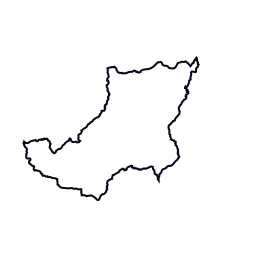 outline of Sigchos, Cotopaxi, Ecuador, rotated 48°
{"feature_id": "8360857B12215357040494", "entity_name": "Sigchos", "entity_type": "district", "adm_level": 2, "iso_a3": "ECU", "parent_name": "Ecuador", "parent_adm1": "Cotopaxi", "projection": "natural_earth1", "projection_center": [-78.944, -0.614], "detail": "fine", "context": "isolated", "style": "outline", "palette": "ink", "viewbox_px": 256, "rotation_deg": 48, "n_neighbors": 0, "source": "geoboundaries", "source_scale": "gbopen_adm2", "svg_char_len": 5825}
<svg xmlns="http://www.w3.org/2000/svg" viewBox="0 0 256 256"><g transform="rotate(48 128 128)"><path d="M68.5,214.3L69.4,215.9L70.7,216.1L71.5,216.9L72.2,216.8L73.7,217.2L74.4,217.0L75.6,217.0L76.5,217.5L77.3,219.0L78.5,219.4L79.1,220.4L79.3,221.3L80.1,221.6L81.6,223.3L83.0,223.4L83.9,222.7L84.6,221.4L85.7,221.2L86.2,221.5L86.5,222.1L86.6,223.1L86.5,223.9L88.2,225.0L89.6,224.6L90.6,224.6L92.6,224.3L92.9,223.6L93.4,223.4L94.3,223.8L94.4,224.4L95.3,225.4L96.2,226.0L96.8,225.9L97.3,225.7L97.4,225.0L97.8,224.4L98.6,224.2L100.1,223.1L101.2,222.6L102.5,222.5L103.3,223.0L103.5,222.8L104.0,222.9L104.3,222.5L104.8,222.5L105.7,223.2L106.6,223.3L107.6,221.8L109.3,221.4L110.1,220.1L110.9,220.3L111.3,220.0L112.3,218.7L113.2,218.2L114.0,218.0L116.3,216.2L117.0,215.4L118.0,215.3L118.5,214.8L118.8,215.1L119.3,215.2L119.6,215.7L121.8,217.2L122.8,218.2L123.9,217.8L125.1,218.0L127.0,217.8L128.1,217.1L132.4,213.3L135.3,209.7L136.8,209.1L137.7,207.9L138.8,206.7L140.3,206.0L142.2,203.8L142.5,204.3L143.3,204.5L144.3,205.3L144.3,205.6L144.8,206.0L145.6,206.5L145.9,206.4L147.0,207.4L148.9,205.2L150.4,204.7L151.1,204.1L151.9,202.6L152.7,201.9L153.3,200.5L156.6,199.3L158.1,199.2L158.9,198.9L160.1,199.1L161.0,198.9L161.8,198.0L161.4,196.5L160.1,193.7L159.9,192.5L160.1,191.6L161.1,189.6L160.7,186.9L159.9,185.8L159.7,184.5L158.5,184.2L158.2,183.1L156.9,182.5L156.5,181.0L155.2,180.6L154.4,179.7L153.8,178.1L154.6,174.9L155.0,174.0L154.6,173.9L154.4,173.1L152.8,170.9L153.5,169.7L153.9,167.1L154.3,165.9L154.6,163.7L153.9,162.5L154.8,158.9L156.1,158.6L157.0,159.0L157.5,158.1L157.4,157.7L158.0,156.9L157.9,156.6L157.1,156.1L156.9,154.7L158.3,150.7L159.0,150.3L159.6,151.2L159.9,151.4L160.2,150.9L161.0,150.8L161.4,150.3L162.0,150.6L162.4,150.2L162.4,149.6L163.0,149.5L163.6,148.8L164.4,148.6L164.8,147.9L165.8,148.0L166.5,146.9L166.9,147.1L167.2,147.0L167.4,146.2L168.3,145.0L168.3,143.9L168.9,142.9L169.6,142.7L170.3,141.7L170.6,140.6L171.1,139.9L171.5,137.8L172.4,136.2L173.4,135.6L175.5,136.9L176.6,136.9L178.2,137.4L179.8,138.8L181.0,138.6L182.0,137.8L185.0,139.2L186.0,140.1L187.5,140.3L185.5,138.6L184.7,136.9L183.3,135.3L183.5,133.5L182.0,130.7L182.1,129.4L182.6,128.5L183.2,126.0L182.9,125.5L182.9,124.5L183.5,122.9L184.5,122.0L185.2,118.9L184.7,116.8L184.5,113.9L184.6,112.2L184.0,111.2L184.1,110.1L183.8,109.2L183.2,109.0L182.5,109.1L182.0,108.5L181.3,108.3L180.4,108.3L180.1,107.3L179.3,107.2L178.4,105.9L178.0,105.9L177.8,105.4L177.1,105.0L176.0,104.9L174.1,103.8L172.7,104.2L172.0,103.3L171.2,103.4L171.0,102.6L170.3,101.8L169.5,102.0L168.9,102.6L167.8,102.3L166.5,103.3L165.7,103.5L165.3,103.3L165.0,103.6L164.7,103.0L162.3,102.3L161.8,101.9L161.3,101.1L160.1,101.3L157.1,98.5L156.1,98.4L154.1,97.0L153.4,95.8L153.6,94.2L153.4,93.5L153.5,93.1L153.4,92.3L153.1,91.9L153.4,90.8L152.9,89.7L153.8,88.4L152.7,86.5L151.9,80.5L150.8,79.0L150.2,78.8L149.9,78.3L149.2,78.2L147.1,77.0L146.7,76.4L145.9,73.6L146.0,73.1L145.9,72.2L144.9,70.6L144.9,68.5L144.5,67.9L144.5,67.1L145.0,66.1L145.0,65.5L144.2,64.0L143.7,63.9L143.2,64.1L142.8,63.1L142.3,63.1L142.1,62.1L142.6,61.4L142.5,60.0L142.2,59.8L141.7,59.9L141.2,58.8L140.9,58.9L140.6,59.7L139.7,58.5L139.1,59.3L138.2,58.3L137.2,58.3L136.5,58.9L135.8,58.2L135.7,57.5L136.8,57.7L136.9,57.1L136.2,54.5L134.6,51.6L133.7,50.9L133.9,49.1L133.5,48.6L132.6,48.3L130.5,45.2L129.5,44.3L128.8,44.0L128.8,42.6L131.6,40.5L131.7,39.7L129.4,37.7L129.1,36.1L129.3,35.3L128.3,34.0L128.1,33.0L126.9,33.2L126.0,32.0L123.7,31.8L123.3,30.8L121.9,30.1L121.5,30.0L121.5,30.5L122.2,32.1L122.0,32.6L122.3,32.9L122.4,34.4L123.4,35.6L123.1,36.3L123.4,36.5L123.1,37.0L123.2,38.0L123.7,39.0L123.6,39.7L123.8,40.2L119.6,40.1L118.3,40.5L117.3,40.5L117.0,40.7L116.4,42.3L115.0,43.3L113.1,47.6L114.6,51.7L114.6,53.8L113.8,54.5L113.3,55.4L110.6,57.4L108.9,57.2L107.8,57.6L106.4,59.0L104.9,59.8L103.8,59.9L103.3,59.8L102.6,59.3L101.2,59.3L100.6,59.7L99.7,61.3L99.2,61.7L99.4,67.8L99.0,70.5L98.0,73.3L96.3,75.4L94.5,78.4L94.3,80.3L94.4,80.9L94.8,81.3L93.8,83.2L92.5,83.4L92.1,84.3L91.8,84.4L90.8,84.2L89.9,84.6L89.2,85.6L89.2,87.0L87.8,88.7L86.9,90.2L85.8,93.2L84.5,94.4L83.7,95.6L82.8,95.7L81.9,97.1L80.9,97.5L80.6,97.9L79.6,98.2L78.6,97.9L77.8,97.9L76.0,97.0L73.3,97.1L73.0,98.3L71.7,99.5L71.6,99.9L69.9,102.9L69.8,103.3L71.6,104.3L73.1,106.2L74.7,106.6L77.2,108.3L77.4,110.3L78.2,111.4L78.8,111.8L79.2,111.1L80.0,111.2L81.5,112.1L81.5,112.8L82.0,113.3L82.1,114.5L81.8,115.1L82.2,115.5L83.3,116.3L84.9,116.6L85.3,117.2L85.6,117.3L86.3,118.2L87.1,118.0L88.7,118.8L89.6,118.7L89.8,119.2L90.6,119.3L90.6,119.9L91.1,120.2L91.7,122.3L92.4,122.5L92.8,123.0L93.1,122.9L93.9,124.5L93.9,125.3L95.4,127.0L95.5,127.7L96.1,128.2L95.7,129.7L96.1,129.9L96.1,130.6L97.0,131.3L97.4,131.2L97.6,132.0L98.1,132.1L98.8,132.7L99.2,134.1L97.6,136.2L98.6,137.0L98.9,138.1L99.0,139.6L99.5,140.0L99.9,141.1L99.8,141.6L100.0,142.3L99.7,143.7L99.2,144.5L98.8,147.5L98.8,148.5L99.3,150.0L98.7,151.7L99.0,154.2L98.5,154.9L99.5,158.2L98.6,164.3L99.7,164.7L100.2,165.7L100.5,167.5L100.1,168.0L99.9,169.1L100.3,169.8L102.3,171.4L102.8,172.3L103.9,172.7L105.6,172.2L105.7,174.0L104.5,175.6L103.9,175.5L103.4,175.8L102.9,176.7L101.3,178.6L100.0,178.8L97.6,178.0L97.0,178.0L96.7,178.2L96.8,178.8L97.8,180.2L97.8,181.0L97.3,181.7L97.2,185.0L97.6,186.3L97.3,188.1L98.2,191.0L98.1,192.4L97.8,193.0L97.2,193.5L97.1,194.3L96.9,197.0L97.6,197.9L97.5,199.6L96.5,200.1L95.6,199.9L94.9,200.2L93.0,199.7L90.5,199.4L90.0,199.2L89.4,198.5L88.2,196.8L88.1,196.2L87.1,196.3L86.5,195.7L85.3,195.2L84.5,195.4L84.1,195.8L82.2,195.2L81.4,195.7L81.2,196.4L80.5,196.9L80.4,197.3L79.9,197.2L79.6,197.7L79.9,198.4L79.8,199.0L79.2,199.8L78.6,199.5L78.3,200.0L78.6,200.6L78.2,200.9L77.0,202.3L77.3,203.1L77.1,204.4L76.1,204.8L75.1,204.7L74.3,206.4L73.0,208.3L72.5,210.6L72.4,211.8L71.8,212.9L70.5,214.1L68.5,214.3Z" fill="none" stroke="#020617" stroke-width="2"/></g></svg>